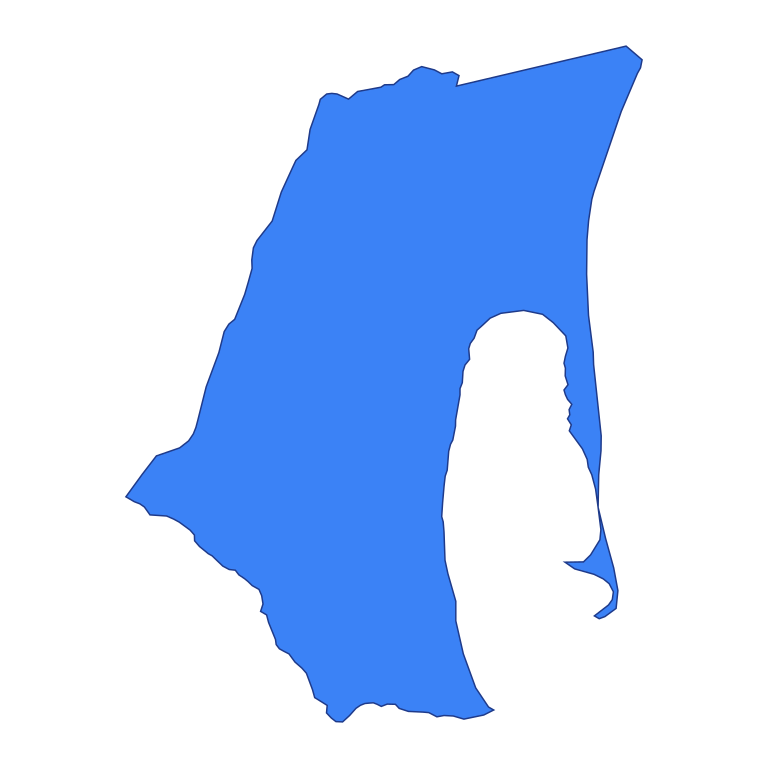 Tapes, Rio Grande do Sul, Brazil (orthographic projection)
{"feature_id": "56859067B78900778631791", "entity_name": "Tapes", "entity_type": "district", "adm_level": 2, "iso_a3": "BRA", "parent_name": "Brazil", "parent_adm1": "Rio Grande do Sul", "projection": "orthographic", "projection_center": [-51.425, -30.676], "detail": "fine", "context": "isolated", "style": "filled", "palette": "blue", "viewbox_px": 768, "rotation_deg": 0, "n_neighbors": 0, "source": "geoboundaries", "source_scale": "gbopen_adm2", "svg_char_len": 2547}
<svg xmlns="http://www.w3.org/2000/svg" viewBox="0 0 768 768"><path d="M381.3,706.4L387.2,704.1L395.4,704.3L399.2,708.4L408.4,711.4L423.1,712.1L428.8,712.6L436.9,716.8L444.0,715.5L453.3,716.0L463.9,719.1L483.8,715.0L493.7,710.0L488.5,707.0L475.7,687.9L463.3,653.8L455.8,620.9L455.8,601.3L447.9,573.7L445.0,560.2L444.0,531.9L443.2,521.9L441.7,516.6L442.6,502.8L444.1,485.6L445.2,476.1L447.2,470.2L448.7,451.3L450.5,444.3L452.8,440.0L455.5,426.1L455.6,419.9L460.0,394.9L460.0,388.6L462.3,382.7L462.6,377.9L463.0,371.4L465.0,365.0L469.6,359.3L468.7,348.7L470.3,343.4L474.1,338.2L477.0,330.2L483.0,324.8L490.2,318.1L500.9,313.3L523.7,310.4L542.6,314.3L553.3,322.7L565.8,335.9L567.9,348.0L565.4,356.3L564.0,363.2L565.4,368.1L565.2,375.9L568.0,384.7L564.0,390.0L565.4,394.7L567.6,399.4L571.8,404.3L569.1,409.6L569.8,414.8L567.5,418.8L571.3,424.8L569.3,430.8L582.4,448.8L587.2,459.4L588.3,467.2L591.8,474.8L595.6,489.1L598.1,507.3L598.7,474.9L601.0,450.7L601.2,435.9L593.6,364.5L593.2,352.2L588.5,315.3L586.6,274.2L587.0,239.8L588.6,220.7L591.8,199.4L594.0,191.4L621.3,111.3L637.4,73.4L640.5,67.8L642.1,59.8L626.1,46.1L456.4,86.1L459.0,75.6L452.4,71.9L441.8,73.8L434.4,69.9L421.7,66.6L413.5,70.1L408.0,76.2L399.7,79.5L393.8,84.6L384.5,84.8L380.9,87.2L357.6,91.5L348.5,99.1L337.1,94.0L331.8,93.4L326.7,94.0L320.3,99.3L318.9,104.5L310.1,129.4L307.0,149.8L295.9,160.4L293.0,166.6L281.3,192.1L272.2,221.0L257.0,240.5L253.4,247.8L251.8,259.9L252.1,268.4L248.3,282.1L244.7,294.4L234.7,319.3L228.9,324.1L224.2,331.6L218.9,352.5L206.2,386.8L197.7,420.7L195.9,427.5L193.3,434.0L188.6,440.9L179.6,447.9L156.4,455.9L142.1,474.5L125.9,496.8L134.3,501.7L139.8,503.8L144.4,507.0L150.0,514.9L166.6,516.0L173.7,519.1L179.2,522.1L190.1,530.1L194.4,535.0L194.6,540.8L199.5,546.5L208.3,553.7L212.1,555.8L215.6,559.2L222.8,566.1L229.2,569.5L235.3,570.2L238.9,574.9L244.6,578.7L248.0,581.5L252.2,585.6L259.0,589.4L261.7,595.7L263.0,604.0L260.6,611.4L266.6,614.9L268.6,622.5L275.5,639.5L276.2,644.6L279.4,648.8L284.1,651.4L289.0,653.9L295.0,662.1L301.9,668.1L306.4,673.2L312.5,689.7L314.7,697.6L321.8,702.0L327.2,705.4L326.5,712.9L331.3,718.0L335.9,721.6L342.6,721.9L349.6,715.5L356.0,708.3L360.4,705.3L364.9,703.5L369.0,703.1L373.3,702.8L377.2,704.3L381.3,706.4ZM598.1,507.3L600.9,529.7L599.9,539.8L590.6,554.9L583.5,561.9L565.0,562.2L574.7,568.9L594.0,574.3L603.3,578.9L609.2,583.7L613.4,591.8L612.3,599.6L608.5,605.0L594.4,615.9L599.2,618.7L604.9,616.6L616.1,608.4L617.9,590.6L613.7,567.9L605.6,538.5L598.1,507.3Z" fill="#3b82f6" stroke="#1e3a8a" stroke-width="1.5"/></svg>